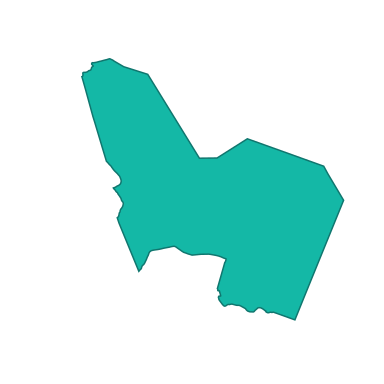 the district of Taulabe, Comayagua, Honduras, rotated 291°
{"feature_id": "27666195B46005131059519", "entity_name": "Taulabe", "entity_type": "district", "adm_level": 2, "iso_a3": "HND", "parent_name": "Honduras", "parent_adm1": "Comayagua", "projection": "robinson", "projection_center": [-87.98, 14.75], "detail": "fine", "context": "isolated", "style": "filled", "palette": "teal", "viewbox_px": 384, "rotation_deg": 291, "n_neighbors": 0, "source": "geoboundaries", "source_scale": "gbopen_adm2", "svg_char_len": 5480}
<svg xmlns="http://www.w3.org/2000/svg" viewBox="0 0 384 384"><g transform="rotate(291 192 192)"><path d="M141.2,131.4L136.8,135.0L98.9,170.8L101.0,171.5L102.1,172.1L103.2,172.1L104.0,171.9L105.1,172.0L105.9,172.3L107.0,172.9L107.7,173.1L108.5,173.2L108.7,173.3L110.5,173.4L112.5,173.6L115.5,173.6L116.9,173.8L118.4,173.8L119.3,173.7L120.3,173.8L121.3,174.1L122.6,175.0L123.7,176.5L124.8,178.4L125.5,179.7L126.4,181.3L127.6,183.2L128.5,184.5L129.5,185.9L131.4,189.0L132.3,190.5L133.5,192.2L134.4,193.7L135.0,194.9L135.0,196.4L134.7,197.6L133.9,200.7L133.5,202.4L133.2,203.4L132.7,205.8L132.8,208.1L132.8,210.6L133.0,212.8L133.1,214.6L133.8,216.1L136.9,222.3L137.2,223.0L137.4,223.5L137.9,224.7L139.2,228.0L139.9,229.6L140.0,230.0L140.1,230.4L140.4,231.6L140.8,233.7L141.3,236.4L141.5,237.6L141.6,238.3L141.7,239.3L141.8,239.9L141.8,241.2L141.9,242.5L141.8,243.3L141.7,245.4L141.7,246.1L141.8,247.1L141.8,247.4L141.7,247.7L141.7,247.8L141.2,248.0L140.9,248.0L140.2,248.1L139.3,248.1L138.7,248.1L137.8,247.9L137.5,247.9L137.1,247.9L136.7,248.0L110.9,250.3L110.8,250.5L110.6,250.7L110.5,250.8L110.4,251.0L110.2,251.1L109.9,251.2L109.6,251.3L109.3,251.4L109.3,251.5L109.2,251.7L109.2,251.9L109.3,252.3L109.4,252.7L109.5,252.9L109.5,253.0L109.4,253.1L109.2,253.3L108.8,253.5L108.3,253.8L107.5,254.5L106.6,255.1L105.9,255.7L105.7,255.8L105.3,256.0L105.2,255.9L104.8,255.6L104.7,255.3L104.7,255.0L104.6,254.9L104.5,254.7L104.4,254.6L104.3,254.4L104.2,254.4L103.8,254.3L103.3,254.4L103.1,254.4L101.5,255.6L101.2,255.7L101.1,255.9L100.6,256.5L99.8,257.8L99.1,258.9L98.0,260.6L97.8,261.1L97.5,261.5L97.4,261.9L97.2,262.4L97.1,262.6L97.1,262.8L97.1,263.1L97.1,263.3L97.3,263.7L97.5,264.0L98.0,264.5L98.3,264.7L98.9,265.1L99.5,265.5L99.8,265.8L100.0,266.1L100.1,266.5L100.2,266.8L100.2,267.0L100.3,267.1L100.4,267.4L101.0,268.2L101.4,268.9L101.6,269.3L101.7,269.6L102.0,272.6L102.2,274.1L102.3,274.6L102.5,275.0L102.6,275.4L102.8,275.9L102.9,276.1L103.0,276.4L103.0,276.7L103.1,277.0L103.1,277.4L103.1,277.7L103.1,278.0L102.3,283.7L102.2,283.8L101.9,284.3L101.7,284.5L101.3,285.3L101.1,285.7L101.0,286.0L100.9,286.4L100.8,286.6L100.8,287.2L100.8,287.5L100.8,287.9L100.8,288.3L100.9,288.8L100.9,289.1L101.0,289.4L101.4,290.4L101.6,291.2L101.8,291.7L102.0,292.2L102.1,292.4L102.2,292.5L102.3,292.6L102.5,292.7L103.1,293.0L103.7,293.2L104.3,293.4L105.3,294.0L106.3,294.5L106.9,294.8L107.2,294.9L107.3,295.0L107.6,295.4L107.8,295.6L108.0,295.9L108.1,296.3L108.3,296.7L108.4,297.1L108.4,297.4L108.5,297.8L108.5,298.2L108.4,298.6L108.4,299.1L108.2,300.0L108.0,300.9L107.9,301.3L107.6,302.1L107.5,302.4L107.4,302.7L107.5,303.1L107.5,303.3L107.4,303.5L107.2,303.7L106.9,303.7L106.8,303.8L106.7,303.9L106.6,304.1L106.5,304.4L106.5,304.8L106.4,305.3L106.4,305.8L106.5,306.0L106.6,306.5L106.8,306.9L107.0,307.2L107.2,307.4L107.5,307.7L107.6,307.9L107.8,308.2L108.0,308.6L108.1,308.8L108.1,309.1L108.1,309.3L108.1,309.5L108.3,310.0L108.6,310.4L108.8,310.6L109.0,311.1L109.0,311.3L109.0,311.5L109.0,311.8L109.5,333.9L136.9,334.4L238.6,336.5L257.6,312.4L263.3,305.7L261.5,224.6L232.7,203.2L226.2,186.8L286.0,108.5L284.5,83.4L286.2,72.9L286.3,72.3L286.5,71.8L286.6,71.3L286.7,70.7L286.8,70.1L286.8,69.1L286.9,68.4L286.9,68.0L286.9,67.8L286.9,67.6L286.8,67.2L286.6,67.0L286.3,66.5L285.2,65.2L283.9,63.3L282.9,61.9L281.7,60.3L280.8,58.9L280.5,58.5L278.8,56.2L277.4,53.8L277.3,53.6L277.2,53.0L277.0,52.7L276.9,52.5L276.7,52.4L276.3,52.3L276.0,52.3L275.6,52.4L275.4,52.5L275.2,52.7L275.0,53.2L274.8,53.6L274.6,54.1L274.5,54.3L274.4,54.5L274.2,54.6L273.9,54.5L273.8,54.4L273.5,54.2L273.2,54.0L272.6,53.8L272.2,53.7L271.8,53.7L271.3,53.8L270.8,53.8L270.2,53.8L269.8,53.8L269.7,53.7L269.4,53.6L268.8,52.9L268.6,52.6L268.4,52.3L268.3,52.2L268.2,52.1L267.6,51.8L266.9,51.3L266.6,51.1L266.3,50.8L266.0,50.3L265.5,49.7L265.4,49.4L265.2,48.9L265.1,48.5L264.8,47.9L264.6,47.7L264.4,47.5L264.2,47.5L263.9,47.5L263.3,47.7L262.4,48.2L262.0,48.3L261.6,48.4L261.1,48.4L260.9,48.4L260.6,48.3L260.5,48.2L260.3,48.1L260.2,47.9L249.5,55.9L226.9,72.5L222.1,76.3L190.0,101.1L189.7,101.8L189.6,102.1L188.9,103.5L188.4,104.3L188.1,104.9L187.6,106.1L187.1,107.2L186.9,107.6L186.6,107.9L186.2,108.4L186.0,108.8L185.5,109.5L184.8,110.6L184.3,111.5L183.8,112.5L183.5,113.2L183.3,113.7L183.0,114.4L182.8,114.8L182.5,115.6L182.3,116.0L181.9,116.6L181.4,117.6L181.0,118.4L180.8,118.7L180.6,118.9L180.4,119.1L180.2,119.3L179.9,119.7L178.9,120.5L178.3,121.1L178.2,121.2L177.3,121.7L176.8,122.0L176.6,122.0L176.3,122.1L175.6,122.2L175.2,122.3L174.7,122.3L174.1,122.2L173.8,122.2L173.6,122.1L173.2,122.0L172.9,121.8L172.0,121.2L171.8,121.1L171.3,120.6L170.7,119.9L170.3,119.7L170.1,119.6L169.9,119.4L169.6,119.2L169.3,118.9L168.9,118.7L168.7,118.4L168.3,118.0L168.1,117.7L167.6,117.1L167.3,117.4L167.2,117.5L166.3,119.4L166.1,119.9L166.0,120.0L165.7,120.3L165.5,120.5L165.2,121.0L165.0,121.4L164.9,121.7L164.8,122.0L164.8,122.3L164.7,122.5L164.3,123.0L163.9,123.4L163.7,123.5L162.2,125.8L160.4,128.2L160.2,128.3L159.8,128.5L159.3,128.9L159.0,129.2L158.8,129.4L158.5,129.8L158.2,130.3L158.1,130.5L157.8,131.1L157.7,131.2L157.5,131.4L157.1,131.7L156.4,132.1L156.2,132.1L155.1,132.3L154.3,132.4L153.9,132.4L153.6,132.4L153.2,132.4L152.3,132.2L151.2,132.0L151.1,131.9L150.7,131.7L149.9,131.6L149.2,131.6L148.9,131.6L148.5,131.8L148.3,131.8L147.9,131.9L147.6,131.9L147.4,131.9L146.2,131.6L145.6,131.8L144.5,132.0L143.4,132.1L142.9,132.2L142.7,132.1L142.4,132.0L141.8,131.8L141.2,131.4Z" fill="#14b8a6" stroke="#0f766e" stroke-width="1.5"/></g></svg>